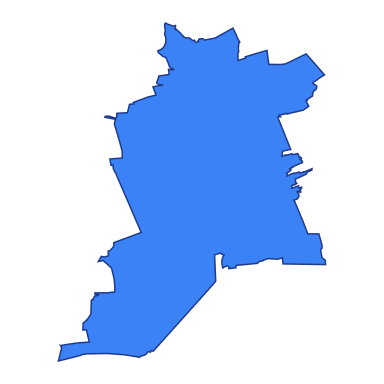 Costesti, Arges, Romania (Robinson projection)
{"feature_id": "2599482B84338141113763", "entity_name": "Costesti", "entity_type": "district", "adm_level": 2, "iso_a3": "ROU", "parent_name": "Romania", "parent_adm1": "Arges", "projection": "robinson", "projection_center": [24.853, 44.689], "detail": "fine", "context": "isolated", "style": "filled", "palette": "blue", "viewbox_px": 384, "rotation_deg": 0, "n_neighbors": 0, "source": "geoboundaries", "source_scale": "gbopen_adm2", "svg_char_len": 4998}
<svg xmlns="http://www.w3.org/2000/svg" viewBox="0 0 384 384"><path d="M153.2,351.2L186.1,314.5L200.2,298.8L212.0,285.5L215.1,282.0L215.7,281.1L215.5,276.4L214.6,254.9L216.7,254.2L220.2,253.1L221.3,254.0L224.1,254.8L223.5,255.6L223.0,256.9L222.3,258.7L221.9,260.6L221.9,262.7L222.2,264.9L222.5,266.8L222.7,267.9L223.2,267.8L223.2,267.3L223.8,267.0L224.9,267.0L225.5,266.3L227.2,266.0L228.6,266.5L228.9,267.4L228.8,268.6L229.4,268.6L232.0,268.3L232.0,268.1L235.9,267.8L236.0,265.4L254.9,263.6L257.4,263.4L259.1,261.6L263.0,260.7L263.0,260.3L268.1,258.6L277.8,259.2L282.4,257.8L283.0,263.9L325.6,264.6L325.3,261.0L325.2,260.2L322.0,257.7L320.6,249.9L322.1,248.0L322.1,245.8L322.1,245.5L318.9,233.9L307.7,233.8L302.8,220.9L298.1,209.8L298.1,209.5L294.0,200.0L296.7,199.3L296.7,198.9L297.8,198.3L297.7,198.0L299.0,196.4L298.6,193.7L297.0,191.9L298.5,191.2L299.1,191.9L300.4,192.3L300.9,192.0L299.9,190.0L301.6,188.4L301.6,187.2L300.2,187.8L299.9,187.7L299.2,187.9L298.2,187.1L298.6,185.8L292.1,188.2L291.7,185.5L295.0,184.6L294.8,184.4L296.8,183.4L295.6,182.3L295.4,179.1L305.6,174.5L306.8,173.4L307.1,172.1L311.8,170.1L312.0,168.7L304.0,172.1L303.8,171.7L300.2,173.3L299.5,172.0L294.4,173.5L294.1,173.0L289.8,174.6L287.3,176.0L287.4,174.5L286.6,173.0L288.8,172.0L290.8,170.1L290.5,169.6L290.8,169.3L289.7,168.6L292.5,167.4L292.2,167.0L302.4,162.5L302.5,161.5L301.8,160.8L300.1,159.3L301.5,158.7L301.2,157.8L300.6,157.1L299.3,157.6L298.4,154.4L297.7,153.5L292.8,154.7L292.2,153.8L290.6,154.1L286.3,155.3L285.8,154.8L281.9,156.3L282.6,151.2L290.7,149.4L290.6,149.2L281.4,126.1L278.2,118.6L277.9,117.3L277.9,117.0L280.5,116.8L280.0,116.3L279.2,115.6L279.0,115.2L279.3,115.2L281.1,114.8L282.2,114.5L284.1,114.2L284.5,114.1L286.3,113.3L287.1,114.1L287.7,114.0L288.5,113.7L290.1,113.2L303.2,110.2L308.8,106.2L306.0,101.0L307.3,100.4L306.9,99.6L312.5,96.1L312.6,94.5L313.3,91.6L314.3,90.6L316.0,89.5L316.9,86.5L316.1,85.3L313.3,83.8L313.0,82.5L317.5,79.6L317.8,79.1L324.5,74.8L306.1,53.9L286.9,63.3L284.0,64.2L281.6,64.3L280.6,64.5L268.8,64.4L267.0,50.4L254.9,53.9L245.3,56.8L245.6,58.1L237.9,60.5L238.0,53.3L238.8,51.3L238.3,49.4L238.8,43.0L239.8,42.2L237.2,37.6L237.0,37.1L236.8,36.5L236.7,35.9L235.3,32.9L233.0,28.1L215.2,38.0L204.4,40.1L202.8,38.7L199.3,38.9L198.0,40.8L198.6,41.5L198.1,41.8L196.4,42.3L195.9,42.2L195.2,41.7L194.8,41.3L194.8,41.0L194.9,40.7L194.8,40.4L194.7,40.3L194.5,40.2L193.6,40.7L193.3,40.6L192.0,40.0L191.2,39.4L190.8,38.9L188.8,37.8L187.8,37.8L187.5,37.9L187.1,37.8L186.2,37.8L185.3,37.8L184.4,37.3L182.6,35.5L182.2,35.2L181.8,34.8L181.3,33.9L176.2,29.2L174.9,29.3L174.9,29.1L175.4,28.6L175.5,25.5L175.3,25.4L174.7,25.6L174.2,25.9L173.7,26.1L173.3,26.2L172.4,25.8L172.2,25.8L171.3,25.4L170.8,25.3L170.6,25.2L169.7,24.8L168.1,24.3L167.0,23.8L166.4,23.7L165.9,23.3L165.6,23.0L164.7,24.2L164.6,25.9L165.2,29.6L165.2,31.4L164.6,33.3L164.8,35.1L165.5,36.5L165.8,37.6L165.9,39.7L165.9,42.2L164.8,45.1L163.2,47.9L160.3,49.9L158.5,50.4L157.9,50.7L158.2,52.4L163.0,56.5L165.8,57.4L168.2,62.9L169.6,67.0L171.7,68.7L172.5,68.3L173.8,69.7L173.6,69.9L168.5,69.3L169.2,74.5L158.8,76.0L158.3,78.3L156.6,82.8L157.1,83.6L159.4,84.8L163.4,85.0L153.0,86.8L156.0,95.1L148.3,96.9L133.2,102.5L133.7,104.0L129.5,104.3L127.5,112.7L116.9,113.3L116.7,113.5L116.7,114.0L116.7,114.4L116.8,114.9L116.8,115.4L116.8,115.9L116.7,116.6L116.5,117.0L116.4,117.5L116.3,117.8L116.2,118.2L115.9,118.1L114.8,117.9L113.9,117.7L113.6,117.7L113.1,117.6L112.4,117.4L112.5,117.3L112.3,117.2L112.1,117.1L111.8,117.0L111.1,116.8L110.2,116.5L109.2,116.2L108.9,116.2L108.6,116.2L108.5,116.3L108.4,116.4L107.8,116.2L107.2,116.1L107.1,116.4L107.1,116.6L106.3,116.4L106.0,116.3L105.2,116.3L105.1,116.5L105.3,116.6L105.5,117.0L105.8,117.2L105.5,117.4L107.1,117.7L110.1,118.3L111.2,118.5L112.7,118.8L114.1,119.0L114.5,119.1L115.4,119.2L114.4,123.9L119.9,142.7L122.2,151.3L122.3,158.0L109.9,159.0L111.0,165.4L113.0,165.1L113.1,167.1L113.3,168.7L115.3,172.8L116.0,173.2L116.3,174.7L119.1,181.2L122.4,188.8L127.0,199.4L141.2,232.5L122.9,239.3L113.8,242.6L113.8,245.6L112.9,247.6L111.3,249.1L110.8,250.1L108.1,251.2L108.5,255.8L104.4,257.0L101.3,256.4L98.3,261.5L103.3,260.6L111.6,268.2L114.0,278.4L114.5,282.2L114.9,289.9L114.7,291.6L113.9,292.2L109.9,292.4L109.2,292.8L94.9,292.9L95.1,294.4L98.6,294.6L98.4,295.1L96.1,296.0L94.6,296.1L92.9,299.5L93.8,299.6L91.6,299.9L91.3,300.8L90.9,314.0L88.0,318.6L85.3,321.4L83.2,322.9L82.9,330.1L86.4,329.8L89.3,342.1L88.3,342.2L87.6,342.2L86.5,342.3L82.1,342.6L81.9,342.6L81.2,342.6L80.6,342.6L80.3,342.7L78.4,342.9L76.5,343.2L76.0,343.2L75.3,343.3L73.8,343.4L73.6,343.5L73.4,343.5L73.1,343.6L71.6,343.8L71.0,343.9L70.8,343.9L70.3,344.0L66.7,344.5L63.2,345.1L62.7,345.2L62.1,345.3L61.1,345.5L60.8,345.6L60.5,345.5L61.7,347.6L58.4,361.0L78.2,356.0L81.1,355.2L81.9,354.6L87.4,353.8L107.2,353.5L124.8,354.8L137.1,356.8L137.5,356.6L138.9,357.4L140.6,356.6L141.6,355.7L143.7,355.5L146.0,354.3L148.0,351.7L150.5,352.1L151.4,350.4L153.2,351.2Z" fill="#3b82f6" stroke="#1e3a8a" stroke-width="1.5"/></svg>